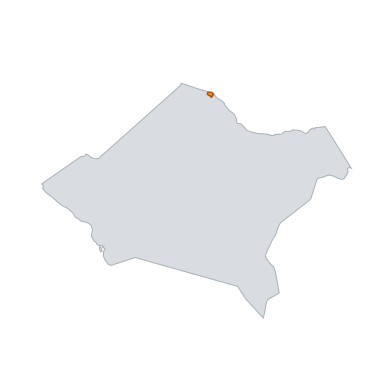 Budalangi, Western, Kenya shown in context, rotated 106°
{"feature_id": "3690345B63864240127702", "entity_name": "Budalangi", "entity_type": "district", "adm_level": 2, "iso_a3": "KEN", "parent_name": "Kenya", "parent_adm1": "Western", "projection": "robinson", "projection_center": [34.038, 0.077], "detail": "fine", "context": "in_parent", "style": "filled", "palette": "amber", "viewbox_px": 384, "rotation_deg": 106, "n_neighbors": 0, "source": "geoboundaries", "source_scale": "gbopen_adm2", "svg_char_len": 3421}
<svg xmlns="http://www.w3.org/2000/svg" viewBox="0 0 384 384"><g transform="rotate(106 192 192)"><path d="M90.6,232.4L90.5,227.5L91.2,215.0L91.1,204.0L91.6,198.5L94.0,195.0L95.1,192.5L95.9,189.0L97.2,186.1L100.0,183.7L100.5,182.5L103.5,178.5L105.3,173.5L106.7,171.8L108.4,170.2L109.6,169.4L111.6,168.5L113.1,168.1L113.4,167.7L113.5,166.9L113.0,163.7L113.7,162.7L114.7,160.6L115.9,158.7L117.0,157.5L117.6,156.2L117.9,154.0L118.0,152.4L117.9,149.9L117.6,144.1L116.3,139.3L115.5,133.9L116.1,132.1L115.1,128.9L114.6,128.8L113.8,128.1L112.7,125.1L112.0,122.3L111.5,121.7L108.1,119.3L106.4,113.7L104.5,112.4L103.4,106.8L103.2,105.2L104.3,99.6L104.2,98.4L103.1,97.2L99.9,96.0L97.3,93.7L97.6,92.9L97.8,92.1L96.4,91.5L92.5,82.0L97.6,76.2L102.7,70.4L109.3,63.1L115.4,56.3L120.6,50.5L125.3,45.3L125.2,46.3L125.2,47.6L125.8,48.4L126.8,49.0L128.1,48.4L129.3,47.6L130.4,47.4L137.4,49.6L138.6,51.5L138.5,53.5L138.8,55.0L138.3,56.5L137.7,60.9L137.9,65.0L140.0,68.1L141.9,70.5L143.4,73.8L144.5,74.8L146.0,75.4L150.8,75.5L158.0,75.7L164.8,75.9L165.5,76.0L166.9,76.5L173.3,81.0L179.0,85.1L184.0,88.7L188.7,92.2L193.4,95.6L196.9,98.4L200.5,99.3L206.2,99.7L210.2,99.8L213.9,101.0L219.4,102.1L223.4,102.7L225.9,103.3L232.7,104.0L233.9,103.6L236.9,100.5L240.3,95.4L241.6,92.6L245.9,89.8L253.6,85.9L259.0,83.2L265.0,80.4L267.7,82.8L271.5,86.7L273.2,88.5L274.6,89.4L276.6,89.9L279.1,89.9L280.5,89.9L283.2,89.4L289.7,88.9L293.5,88.9L290.3,94.0L286.6,100.1L279.7,111.3L274.5,117.2L270.5,121.6L270.1,122.4L270.2,127.4L270.2,139.5L270.4,163.8L270.5,188.1L270.6,212.4L270.6,224.5L270.6,228.6L274.1,233.7L277.5,238.7L282.0,245.3L284.4,248.8L284.8,250.0L284.7,252.4L280.9,257.3L277.9,259.5L273.8,260.6L272.6,260.4L271.0,259.7L270.3,260.9L269.9,262.7L269.0,262.4L268.3,261.8L268.7,265.1L269.1,266.7L268.5,268.9L266.5,270.8L266.3,272.4L262.0,276.7L255.9,277.1L252.7,279.2L251.3,281.0L250.2,284.7L250.6,290.5L248.9,294.9L248.5,297.1L245.4,300.0L244.0,302.7L243.0,305.4L242.1,306.5L241.0,312.6L239.5,316.2L239.1,317.4L238.8,318.5L237.6,320.7L236.9,322.2L236.3,323.1L232.6,332.5L229.7,336.7L227.4,336.3L225.9,337.9L225.8,338.7L225.0,338.2L223.1,336.7L219.2,333.5L215.3,330.3L211.4,327.1L207.5,324.0L203.6,320.8L199.7,317.6L195.8,314.4L191.9,311.2L189.6,309.4L188.6,308.3L187.8,306.1L187.4,305.5L186.4,304.8L185.2,304.7L184.8,304.2L184.8,303.2L185.2,301.7L186.7,298.7L186.8,297.0L186.6,295.1L186.1,291.9L185.7,291.2L183.1,289.6L177.7,286.2L172.3,282.7L166.9,279.3L161.5,275.9L156.1,272.5L150.6,269.0L145.2,265.6L139.8,262.2L134.4,258.8L129.0,255.3L123.5,251.9L118.1,248.5L112.7,245.0L107.3,241.6L101.9,238.2L96.4,234.8L94.4,233.5L92.6,232.4L90.6,232.4ZM270.9,265.7L270.0,265.9L270.5,264.3L273.3,262.2L274.4,262.7L274.6,263.1L274.6,263.6L274.1,264.0L270.9,265.7Z" fill="#d9dde1" stroke="#a8b0b8" stroke-width="1"/><path d="M95.5,199.7L95.4,199.6L95.4,199.4L95.3,199.2L95.2,199.2L94.9,199.0L94.8,198.9L94.7,198.9L94.4,198.8L94.2,198.8L93.9,198.8L93.7,198.7L93.5,198.8L93.4,198.8L93.3,198.7L93.2,198.7L93.0,198.8L93.0,198.7L93.0,198.8L92.9,198.8L92.2,198.3L91.9,198.7L91.1,200.0L90.9,200.3L90.8,200.5L91.1,201.7L91.3,202.3L91.6,203.7L91.8,204.3L93.1,204.3L93.3,204.3L93.5,204.3L93.6,204.2L93.8,204.1L93.9,203.9L94.0,203.8L94.2,203.5L94.2,203.3L94.3,202.7L94.7,201.4L94.8,201.0L94.8,200.9L94.8,200.7L95.0,200.5L95.0,200.4L95.0,200.2L94.9,200.2L95.0,200.1L95.2,199.9L95.3,199.9L95.5,199.8L95.5,199.7Z" fill="#f59e0b" stroke="#b45309" stroke-width="1.5"/></g></svg>